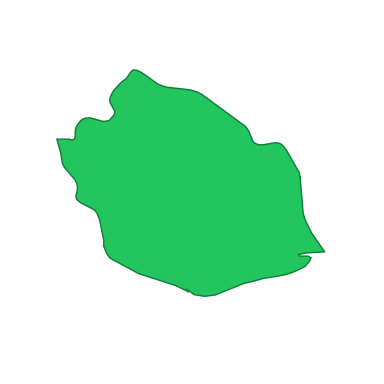 Pomeroon-Supenaam, Robinson projection, rotated 110°
{"feature_id": "GUY-680", "entity_name": "Pomeroon-Supenaam", "entity_type": "Region", "adm_level": 1, "iso_a3": "GUY", "parent_name": "Guyana", "parent_adm1": "", "projection": "robinson", "projection_center": [-58.872, 7.19], "detail": "fine", "context": "isolated", "style": "filled", "palette": "green", "viewbox_px": 384, "rotation_deg": 110, "n_neighbors": 0, "source": "natural_earth", "source_scale": "10m", "svg_char_len": 1427}
<svg xmlns="http://www.w3.org/2000/svg" viewBox="0 0 384 384"><g transform="rotate(110 192 192)"><path d="M202.8,47.0L203.3,47.9L209.9,63.2L214.3,70.4L215.3,68.5L212.6,61.0L213.1,57.6L216.8,57.9L223.5,60.5L229.1,65.8L234.3,71.4L238.7,77.5L243.1,85.1L248.8,95.4L255.5,104.7L259.8,111.6L280.9,135.1L285.7,144.5L287.7,154.6L285.0,164.4L286.9,162.2L285.5,175.3L286.9,214.4L282.2,246.5L278.8,251.3L272.9,256.6L267.8,258.3L249.4,269.5L244.5,273.9L242.2,277.6L240.2,292.5L239.5,295.1L238.2,298.0L236.3,299.4L233.7,299.9L230.5,300.1L225.6,301.7L222.9,303.6L220.6,306.1L212.7,320.0L210.6,322.4L208.6,324.0L200.1,328.7L188.6,337.0L184.4,325.7L184.3,323.3L183.0,320.6L180.7,320.5L178.5,321.1L175.2,322.3L173.7,322.7L172.1,323.0L168.0,322.7L163.2,321.0L160.9,319.6L158.8,317.0L157.2,313.0L156.2,300.7L155.8,299.0L153.3,294.3L146.1,291.6L143.0,291.9L141.4,293.4L136.4,299.2L134.9,300.2L133.4,300.7L131.8,301.0L130.2,301.2L126.6,300.9L123.4,300.3L113.6,296.2L112.2,295.5L109.2,293.3L107.7,292.4L101.1,290.8L99.3,290.1L97.3,288.9L96.5,285.3L97.0,280.2L102.3,260.8L102.4,254.6L102.1,251.2L96.7,228.7L96.3,224.5L96.4,220.2L97.0,216.0L112.0,164.5L113.5,161.9L115.6,159.3L122.5,153.1L124.5,150.6L124.9,147.6L124.7,145.2L124.0,142.9L122.9,140.6L117.8,131.7L116.9,129.6L116.5,127.3L116.4,124.9L118.0,121.3L121.1,116.8L137.0,97.9L140.9,95.6L173.7,80.4L179.4,76.3L189.7,65.5L202.8,47.0Z" fill="#22c55e" stroke="#15803d" stroke-width="1.5"/></g></svg>